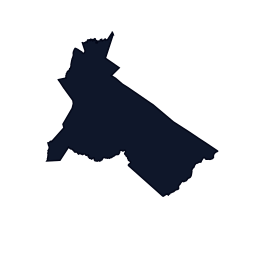 the district of Mumbwa, Central, Zambia, rotated 213°
{"feature_id": "96606910B37920738728221", "entity_name": "Mumbwa", "entity_type": "district", "adm_level": 2, "iso_a3": "ZMB", "parent_name": "Zambia", "parent_adm1": "Central", "projection": "natural_earth1", "projection_center": [26.865, -14.958], "detail": "fine", "context": "isolated", "style": "filled", "palette": "ink", "viewbox_px": 256, "rotation_deg": 213, "n_neighbors": 0, "source": "geoboundaries", "source_scale": "gbopen_adm2", "svg_char_len": 5675}
<svg xmlns="http://www.w3.org/2000/svg" viewBox="0 0 256 256"><g transform="rotate(213 128 128)"><path d="M181.8,93.3L184.6,75.1L184.8,75.2L185.2,75.1L185.6,74.7L185.8,74.4L186.0,73.4L186.3,72.6L186.5,72.3L187.0,71.9L185.1,70.2L184.7,69.9L184.1,69.6L183.6,69.0L183.4,68.8L182.9,67.7L182.7,66.3L182.7,65.6L182.7,65.4L182.3,65.2L181.9,64.9L181.5,63.2L180.8,62.7L180.3,61.8L180.2,61.7L179.9,60.9L179.6,60.5L179.3,59.7L179.1,59.4L178.9,58.9L178.9,58.5L178.5,58.1L178.3,57.6L178.1,57.1L178.1,56.2L167.5,63.9L167.5,79.7L166.6,79.4L165.5,79.4L165.1,79.3L164.4,79.4L163.6,79.8L163.1,79.8L162.3,79.6L161.5,79.4L160.5,79.2L159.9,78.9L159.5,78.9L159.1,79.0L158.9,79.4L158.5,79.7L158.3,79.9L158.0,79.9L157.7,79.8L157.0,79.8L156.6,79.6L155.5,79.2L155.2,79.2L155.1,79.4L154.7,80.3L154.3,80.6L153.6,80.8L153.1,80.6L152.9,80.7L152.5,81.0L152.2,81.1L151.8,80.9L151.6,81.0L151.0,82.1L150.3,82.7L149.7,82.8L148.8,82.4L148.3,82.3L147.9,82.5L147.1,83.4L146.7,83.6L146.2,83.6L146.0,82.8L146.0,82.6L145.7,82.3L144.6,82.1L144.0,81.8L143.7,81.7L142.9,82.1L142.5,82.2L142.3,82.2L141.9,82.1L141.6,82.1L141.4,82.4L141.4,82.9L140.6,84.3L140.0,84.3L139.6,84.0L139.3,83.4L138.7,82.9L137.7,82.6L137.2,82.9L136.5,83.1L136.1,83.4L135.6,83.6L135.4,83.9L135.4,84.1L134.8,85.0L134.5,85.0L134.3,84.8L133.9,84.8L133.7,84.9L133.5,85.5L133.2,85.7L133.3,86.2L133.0,86.5L132.8,86.7L132.6,86.9L132.6,87.6L132.7,87.9L132.7,88.6L132.8,88.9L132.3,90.0L131.5,90.5L130.6,90.6L129.8,91.3L129.1,91.3L128.3,91.9L128.2,92.1L127.9,92.5L127.6,92.6L127.0,92.6L126.7,93.4L126.4,93.7L126.3,94.1L125.7,94.3L125.5,94.9L125.5,95.5L125.4,95.7L125.0,96.0L124.8,96.6L124.4,97.1L124.3,97.4L124.1,98.3L123.7,99.2L123.3,99.3L122.9,99.8L122.2,100.1L121.8,100.5L121.6,101.1L121.7,102.4L121.8,102.9L121.9,103.2L122.3,103.9L122.5,104.3L122.4,104.8L122.1,105.2L121.3,105.6L120.7,106.1L120.4,106.1L120.0,105.9L119.7,105.9L119.5,106.4L119.1,107.3L118.9,107.5L118.6,107.7L118.3,107.7L118.0,107.5L117.4,107.2L117.1,106.6L117.0,106.3L116.9,104.8L116.7,104.5L115.8,104.2L114.8,104.1L114.4,103.6L114.2,103.6L113.0,103.4L112.5,103.3L112.0,102.9L111.7,102.4L111.0,102.1L110.1,101.3L109.6,101.2L108.8,101.3L107.6,101.1L107.2,100.8L107.0,100.2L106.9,99.7L107.0,99.2L107.4,98.3L107.6,97.6L107.4,97.2L107.2,96.8L71.6,91.4L61.9,89.9L61.4,90.0L61.1,90.4L61.0,91.0L60.6,91.4L60.2,92.8L59.4,93.6L59.2,94.1L58.7,94.1L58.3,93.8L57.7,93.8L57.8,94.4L57.6,94.8L57.2,95.3L57.3,95.9L57.2,96.6L56.5,97.4L56.2,98.0L55.9,98.4L55.6,99.1L55.1,99.4L54.4,102.0L53.4,103.0L52.6,104.2L52.6,104.5L52.7,105.0L53.4,105.8L54.2,107.1L54.2,107.5L54.0,108.2L53.8,109.1L53.9,111.0L53.8,111.7L53.7,112.2L53.6,112.9L53.4,113.4L52.9,113.4L52.6,113.2L52.2,113.3L51.8,113.7L51.6,114.4L51.1,114.7L50.9,115.0L50.6,115.4L50.4,116.1L50.5,116.9L50.3,117.6L50.4,118.2L50.3,118.7L49.9,119.0L49.1,120.3L49.0,121.5L49.1,121.8L49.1,122.2L49.3,122.9L49.8,124.1L50.8,126.3L51.5,127.2L51.7,127.6L51.8,128.2L51.7,128.7L51.8,128.9L51.9,129.7L51.7,130.1L51.5,130.4L51.4,130.9L51.6,131.8L51.9,133.2L51.8,135.1L51.6,135.4L50.6,136.5L50.3,137.1L50.2,137.5L49.8,138.2L49.1,138.5L48.4,139.1L48.3,139.4L48.6,140.3L48.7,143.3L48.6,143.7L48.5,144.1L48.3,144.4L48.1,144.7L47.8,144.8L47.3,144.8L46.3,144.4L45.5,144.3L42.9,146.1L42.6,146.1L42.0,146.5L41.5,147.1L40.8,148.0L40.5,148.5L40.4,149.0L40.4,150.1L41.2,150.9L41.4,151.4L41.8,153.2L41.8,153.6L41.3,155.5L40.4,156.9L40.3,157.4L41.2,157.5L54.5,157.7L62.9,157.7L73.9,157.9L93.4,157.8L119.8,161.1L123.0,161.1L150.2,161.8L156.5,161.7L165.6,162.9L170.6,162.8L168.2,173.7L185.0,174.2L191.1,197.1L191.4,197.0L191.5,197.1L191.4,197.3L191.3,197.8L191.5,197.9L191.5,198.1L191.7,198.4L191.7,198.5L191.4,198.5L191.6,198.7L191.8,198.7L192.1,198.6L192.3,199.0L193.3,199.8L193.4,199.7L193.0,198.6L193.2,198.1L193.2,190.9L193.6,190.6L194.3,189.5L195.5,190.2L195.9,189.7L196.0,188.8L196.2,188.3L196.5,188.1L197.1,187.0L197.7,187.1L198.1,187.6L198.2,187.8L198.4,188.0L198.6,187.8L198.8,187.5L199.1,187.1L199.2,186.7L199.0,185.9L199.2,185.3L199.6,185.0L200.1,184.8L200.4,184.6L200.5,184.3L200.3,183.5L200.1,183.1L200.1,182.8L200.2,182.5L200.8,182.0L201.0,181.9L201.3,182.0L201.4,183.6L201.6,184.0L201.9,184.2L202.5,184.0L202.8,183.9L203.2,183.4L203.5,183.4L203.6,183.6L203.6,184.2L203.8,184.7L203.9,184.8L204.2,184.9L204.5,184.8L204.8,183.5L204.8,183.4L205.4,183.3L205.5,183.2L204.9,182.7L204.8,182.4L204.9,182.0L205.0,181.9L205.3,181.9L205.8,182.2L206.2,182.0L206.9,182.3L207.3,182.3L207.6,182.2L207.7,181.7L207.6,181.4L207.3,181.2L207.2,180.9L207.5,180.7L208.1,180.9L208.5,180.9L208.7,180.7L208.5,180.3L208.5,180.1L208.8,180.0L209.6,180.0L209.7,179.8L209.7,179.5L209.4,178.4L208.9,177.8L208.9,177.4L209.1,177.3L209.6,177.5L209.8,177.5L209.9,177.4L210.0,177.0L210.3,176.9L210.3,176.5L210.3,176.3L210.6,176.2L210.9,175.9L211.0,175.0L211.2,174.7L211.3,174.6L211.7,174.6L212.0,174.9L212.5,174.9L212.7,174.7L205.7,169.1L205.6,166.6L206.0,166.2L207.0,166.0L208.1,166.5L211.8,166.4L212.8,166.5L213.4,166.4L215.3,166.2L215.7,165.9L215.6,164.0L215.4,163.5L215.4,162.8L214.8,161.2L214.5,160.7L213.6,159.6L213.1,158.4L212.7,156.7L212.4,156.4L212.5,155.4L212.2,155.0L212.0,154.2L210.3,150.1L209.6,149.2L209.3,148.4L208.9,146.9L208.9,146.6L209.2,146.0L208.9,145.5L208.8,143.5L208.7,143.4L208.9,143.3L209.1,143.4L209.3,143.1L209.2,142.8L209.4,142.4L209.3,142.2L209.4,141.9L209.1,141.4L209.1,141.0L209.2,140.8L209.0,140.6L209.2,140.3L209.2,140.0L209.1,139.7L208.7,139.3L208.6,138.9L208.4,138.4L208.5,138.0L208.4,137.8L208.1,137.6L207.8,137.3L207.7,136.9L207.7,136.6L207.3,136.3L207.2,136.1L212.7,130.6L212.1,130.2L211.1,130.0L203.2,126.5L202.8,126.5L202.0,126.1L201.5,125.9L189.3,121.2L187.1,118.7L185.5,114.1L184.6,95.8L181.8,93.3Z" fill="#0f172a" stroke="#020617" stroke-width="1.5"/></g></svg>